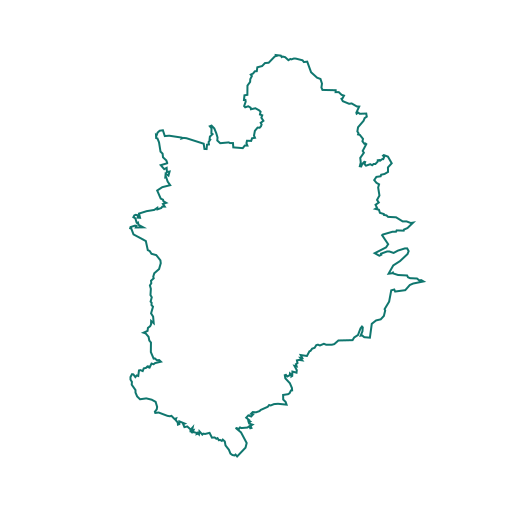 San Gabriel, Jalisco, Mexico, rotated 71°
{"feature_id": "50627088B86514421558272", "entity_name": "San Gabriel", "entity_type": "district", "adm_level": 2, "iso_a3": "MEX", "parent_name": "Mexico", "parent_adm1": "Jalisco", "projection": "equal_earth", "projection_center": [-103.749, 19.704], "detail": "fine", "context": "isolated", "style": "outline", "palette": "teal", "viewbox_px": 512, "rotation_deg": 71, "n_neighbors": 0, "source": "geoboundaries", "source_scale": "gbopen_adm2", "svg_char_len": 6122}
<svg xmlns="http://www.w3.org/2000/svg" viewBox="0 0 512 512"><g transform="rotate(71 256 256)"><path d="M370.3,174.9L357.8,168.6L356.0,163.4L356.5,158.7L354.3,154.6L349.6,151.6L348.1,151.7L342.5,145.0L332.5,139.3L332.7,136.2L334.9,136.0L336.9,126.0L333.5,120.0L333.2,116.4L334.6,105.9L332.6,107.6L332.2,109.6L329.7,111.1L327.1,117.6L325.6,119.2L323.6,119.5L320.2,127.9L317.1,132.0L316.2,132.0L316.6,133.1L315.9,136.4L309.6,129.3L307.7,121.5L303.5,112.1L301.1,110.1L298.0,110.6L297.3,112.7L297.1,120.0L297.9,124.9L295.1,128.5L294.4,130.5L294.5,137.0L295.6,137.1L295.9,139.3L292.0,142.8L290.2,130.2L287.9,127.2L277.4,130.0L277.0,129.1L277.5,119.1L278.6,115.7L277.6,114.7L280.1,108.1L279.2,107.5L278.9,103.7L275.6,96.6L275.2,98.9L272.3,102.4L271.0,106.1L265.0,111.0L262.0,118.4L260.1,119.4L258.8,121.7L257.9,121.5L255.5,124.8L252.3,124.7L250.3,127.8L249.9,125.9L246.5,126.3L245.4,122.5L242.4,123.3L239.0,119.6L231.0,118.2L228.3,116.3L226.0,118.3L222.7,119.5L220.4,116.4L221.2,112.2L219.9,111.2L220.3,107.8L219.5,103.8L215.2,102.4L212.5,97.5L205.0,98.9L202.2,102.3L202.5,103.2L204.0,102.5L205.8,104.1L205.4,104.7L206.3,107.7L205.5,107.9L205.1,109.7L206.3,110.1L207.9,113.2L207.3,114.9L208.0,116.6L206.4,118.1L206.4,122.6L204.4,123.5L202.7,122.2L202.2,122.9L203.5,125.5L205.6,127.4L204.9,128.6L201.7,126.5L197.2,125.5L193.5,120.4L191.4,120.9L186.1,115.3L185.2,115.9L185.2,117.0L182.2,118.0L180.1,116.7L175.3,118.4L174.3,119.9L173.3,119.1L171.2,119.6L167.5,117.6L163.2,110.3L161.0,108.4L160.3,105.9L157.2,105.4L155.3,111.6L153.7,112.7L154.2,114.5L153.2,114.5L148.3,109.8L147.4,112.0L142.9,115.9L142.4,118.4L137.9,123.5L135.2,124.0L135.0,122.8L133.0,120.6L131.5,122.6L128.0,124.4L127.0,127.4L125.2,126.7L120.6,139.1L118.0,139.3L114.5,137.5L109.6,137.4L107.3,140.2L100.2,144.1L88.9,144.3L88.2,147.6L86.1,148.3L82.3,154.1L81.6,155.9L81.6,158.5L80.9,159.4L81.4,161.6L77.5,163.7L76.1,165.8L76.3,166.9L74.6,167.3L72.6,171.5L73.5,171.3L73.4,173.2L77.4,181.1L76.5,184.7L78.4,188.4L78.0,193.3L81.5,195.1L81.0,197.0L82.5,199.3L82.8,201.9L84.5,201.3L86.9,203.8L89.5,204.9L92.1,208.6L100.8,211.7L100.3,214.6L104.6,216.6L105.0,215.2L106.7,215.5L110.4,218.4L111.9,217.8L111.9,214.6L114.0,212.8L115.6,213.0L116.1,208.5L119.2,205.7L121.0,204.7L123.5,206.2L125.0,204.3L127.0,205.9L130.6,205.0L131.6,208.2L133.5,207.9L135.0,209.1L135.9,210.8L135.1,212.7L137.3,216.3L141.5,218.7L143.9,218.5L143.4,221.4L145.6,223.1L144.1,227.0L146.2,228.3L148.8,228.2L147.9,230.6L149.7,233.4L145.9,242.1L141.7,241.0L140.7,243.9L139.7,244.8L137.7,253.1L134.2,255.0L131.4,253.8L127.0,253.6L121.8,253.9L118.2,255.6L118.3,257.4L120.8,256.5L125.4,258.2L126.6,257.4L128.1,260.7L130.5,261.9L131.1,261.4L132.8,263.7L135.2,264.2L134.8,266.1L138.8,267.9L138.0,269.9L132.8,268.9L122.0,283.4L120.8,285.9L120.7,287.7L120.3,287.2L119.7,288.0L114.0,298.9L112.9,303.2L106.8,303.1L106.2,306.3L107.3,308.9L109.8,310.9L109.2,311.2L112.0,312.0L112.8,310.9L117.0,310.7L126.2,312.3L128.8,311.0L132.4,311.8L136.4,309.7L138.8,309.6L139.4,309.8L139.1,316.5L144.0,314.5L143.6,311.8L147.6,312.9L148.0,310.2L151.5,312.6L148.7,314.6L152.2,316.2L152.3,315.3L156.9,315.3L161.1,314.1L160.4,322.2L161.9,328.1L170.7,327.4L172.5,325.6L174.1,325.7L176.5,323.6L176.5,327.0L179.6,326.2L178.8,328.5L179.8,330.0L179.8,334.0L178.3,333.6L179.3,337.2L178.0,344.8L177.8,352.8L182.1,353.2L181.2,355.4L179.1,354.3L177.9,356.3L178.0,357.8L179.4,359.3L181.1,357.8L185.5,358.0L186.2,357.7L186.0,356.7L188.3,356.9L192.2,353.3L189.9,360.4L188.5,359.4L187.9,360.5L187.8,365.2L188.8,365.9L189.4,365.0L195.7,364.8L206.0,355.3L215.2,356.4L216.7,354.9L219.9,354.1L222.7,350.0L229.0,347.8L231.8,348.4L236.8,351.9L239.2,357.8L242.1,359.9L243.8,360.0L245.2,363.3L247.7,363.9L249.3,365.9L252.8,366.1L258.6,368.5L261.1,368.0L264.8,370.5L266.2,369.9L268.3,370.8L270.4,369.9L276.1,373.9L279.8,373.0L286.2,374.6L283.3,376.3L286.5,377.5L287.9,378.9L288.8,381.6L291.5,382.9L291.9,387.3L293.3,385.5L297.4,383.9L301.2,384.4L303.6,383.5L312.6,386.7L319.7,386.2L319.9,385.0L322.3,383.6L322.9,381.4L325.0,380.3L324.4,386.3L325.0,388.1L323.7,389.8L326.9,393.0L326.3,393.8L325.6,393.3L325.0,394.5L326.0,396.5L325.7,398.7L327.9,400.6L326.3,402.4L326.1,403.9L331.1,406.4L330.1,407.7L331.2,409.5L328.0,410.5L327.4,411.7L329.6,414.1L332.0,414.9L334.6,414.3L337.2,415.4L343.5,413.6L345.9,414.4L350.1,414.1L353.7,412.3L354.9,406.1L357.9,401.4L361.2,398.4L366.5,398.6L368.7,399.8L370.3,402.3L371.6,402.3L372.3,399.0L378.3,391.8L379.5,389.6L379.6,388.0L383.6,386.1L383.6,384.4L384.9,385.4L388.0,384.2L390.0,384.7L390.0,383.2L387.4,382.3L391.2,378.0L391.3,379.6L394.5,379.4L394.8,376.5L398.9,374.2L397.5,371.7L399.4,372.8L399.5,374.7L400.2,374.9L400.3,371.8L401.6,373.0L401.4,374.3L402.1,373.9L402.2,372.2L404.1,369.6L403.8,368.2L405.1,369.7L405.2,368.4L406.1,368.0L403.3,366.6L407.4,364.9L406.8,363.7L407.7,362.1L408.1,357.5L413.4,356.8L414.1,354.2L415.9,353.0L415.7,351.7L418.1,351.1L418.2,349.9L419.7,348.5L418.8,347.2L421.2,345.9L425.2,346.5L430.4,344.7L434.5,344.5L436.5,343.1L437.6,341.2L437.1,340.0L439.4,339.1L433.8,328.3L429.8,325.7L417.9,327.6L411.9,331.2L413.9,328.3L412.9,326.9L413.9,325.9L415.4,320.0L414.8,317.8L417.0,317.5L417.1,316.3L414.8,316.5L414.3,314.3L412.2,317.0L411.4,317.0L410.8,315.6L410.0,317.0L408.4,316.8L408.5,316.2L405.7,317.9L404.2,315.1L406.2,312.8L404.8,310.3L403.6,312.1L402.5,309.9L403.8,306.9L403.8,303.1L403.1,301.8L402.4,294.0L401.2,292.1L402.1,290.8L401.9,287.2L402.9,283.3L406.5,275.5L403.6,275.5L400.6,277.0L396.2,275.6L397.1,270.7L396.7,269.0L394.5,266.7L394.8,265.6L392.5,265.0L387.3,265.4L381.2,268.1L378.1,267.6L378.1,266.4L380.1,265.7L379.7,262.9L378.1,262.1L379.9,261.1L381.4,261.7L381.2,260.8L377.1,259.2L379.5,255.7L377.2,254.6L372.4,255.4L373.6,253.5L371.3,253.5L370.7,251.6L368.0,251.3L368.3,249.0L369.7,246.3L366.7,247.3L367.5,245.5L364.2,246.0L367.1,240.4L363.5,236.5L363.5,235.4L361.9,233.1L361.9,230.5L359.9,228.0L360.0,226.3L361.4,224.7L361.1,220.4L362.7,218.6L364.6,213.1L364.8,210.7L362.7,205.6L367.0,192.1L365.0,189.7L363.9,185.3L358.4,180.7L357.2,178.8L358.3,178.3L361.9,179.9L365.4,183.0L365.7,181.5L368.0,180.1L370.3,174.9Z" fill="none" stroke="#0f766e" stroke-width="2"/></g></svg>